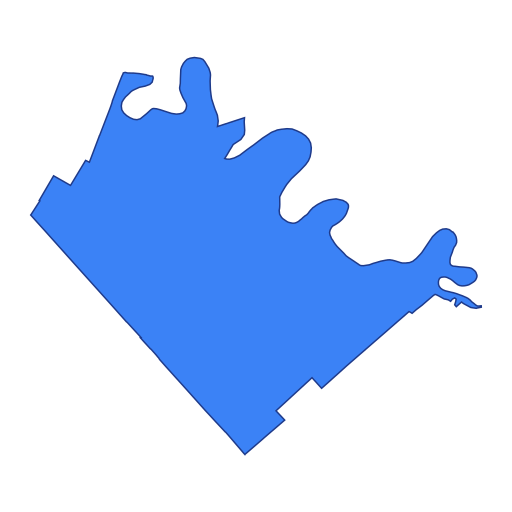 outline of Radulesti, Ialomita, Romania
{"feature_id": "2599482B66503708972863", "entity_name": "Radulesti", "entity_type": "district", "adm_level": 2, "iso_a3": "ROU", "parent_name": "Romania", "parent_adm1": "Ialomita", "projection": "orthographic", "projection_center": [26.36, 44.763], "detail": "fine", "context": "isolated", "style": "filled", "palette": "blue", "viewbox_px": 512, "rotation_deg": 0, "n_neighbors": 0, "source": "geoboundaries", "source_scale": "gbopen_adm2", "svg_char_len": 5426}
<svg xmlns="http://www.w3.org/2000/svg" viewBox="0 0 512 512"><path d="M481.2,305.8L479.2,306.0L477.4,306.0L475.6,304.9L474.1,303.6L471.6,301.7L470.1,300.0L468.0,298.4L466.3,297.5L462.4,295.8L459.3,294.7L456.7,293.7L453.3,292.7L451.4,292.3L448.2,291.5L445.3,290.8L442.7,289.7L440.7,288.3L439.2,286.4L438.5,284.4L438.4,282.0L438.7,280.2L439.4,278.7L440.4,277.7L441.7,277.2L443.7,277.0L445.3,277.0L447.2,277.5L448.8,278.3L450.5,279.1L452.6,280.6L454.8,282.5L457.7,284.7L459.6,285.5L462.0,285.9L464.5,285.8L466.7,285.4L468.8,284.8L470.4,283.9L472.7,282.5L474.5,281.2L475.7,279.8L476.7,277.6L477.0,276.1L476.9,275.1L476.4,273.7L475.9,272.3L474.8,270.9L472.5,269.0L471.1,268.2L469.2,267.7L466.5,267.4L463.5,267.1L459.8,266.9L455.3,266.3L453.5,266.2L452.4,265.9L451.2,265.2L450.3,264.2L449.9,262.3L450.0,260.0L450.4,257.1L451.0,255.6L452.3,252.2L453.1,249.6L454.1,247.2L455.5,245.3L456.6,242.6L456.7,240.6L456.4,238.4L456.0,236.7L455.2,235.0L454.1,233.4L452.8,231.9L452.5,231.9L452.2,231.9L450.4,230.4L449.3,229.6L446.3,228.8L442.7,229.1L439.9,230.3L438.9,231.0L436.5,232.8L432.6,236.6L428.8,242.2L421.8,252.6L420.3,254.3L416.3,258.5L412.8,261.3L409.6,262.6L408.6,262.7L406.6,262.9L406.0,263.0L405.3,263.0L402.4,263.0L401.8,262.9L400.5,262.6L397.0,261.5L395.1,260.9L392.4,260.2L391.0,260.0L389.9,259.8L387.8,259.9L385.2,260.3L380.7,261.2L378.3,261.9L376.7,262.4L373.1,263.4L369.4,264.8L363.5,265.7L360.9,265.6L360.1,265.3L359.6,265.1L358.8,264.5L358.1,264.0L356.0,262.6L354.1,261.3L350.8,259.1L348.8,257.8L346.6,256.2L346.0,255.7L343.8,253.2L337.2,246.6L335.2,244.1L333.9,242.2L332.7,240.2L331.9,239.1L331.7,238.8L331.5,238.5L330.7,236.5L330.1,235.3L329.9,234.4L329.7,233.5L329.6,232.7L329.6,232.2L330.1,230.1L331.5,227.4L332.9,225.9L335.1,224.7L336.4,223.9L337.6,223.1L339.3,221.9L340.9,220.5L342.5,219.0L343.9,217.3L345.1,215.7L345.9,214.3L346.4,213.4L347.0,211.7L347.9,209.2L348.4,207.5L348.5,205.8L348.1,204.3L346.3,202.3L342.9,200.4L336.1,198.9L332.7,199.3L329.0,199.8L323.2,201.5L321.6,202.4L317.9,204.3L316.2,205.4L315.5,205.9L314.7,206.5L312.8,207.8L311.9,208.8L310.8,209.9L310.2,210.6L309.7,211.2L309.4,211.6L309.2,211.8L308.4,213.0L307.3,214.2L306.7,214.8L305.9,215.3L304.8,216.0L304.0,216.7L302.9,217.6L301.7,218.8L300.4,219.8L299.9,220.2L298.9,221.1L298.0,221.7L297.5,222.0L296.2,222.6L295.1,223.0L294.5,223.1L293.5,223.2L293.1,223.2L292.6,223.2L290.5,222.8L289.4,222.5L288.7,222.4L287.2,221.7L286.0,220.9L284.4,219.8L282.7,218.6L281.5,217.3L280.4,215.5L279.8,214.4L279.6,214.1L279.4,212.3L279.2,210.3L279.5,208.8L279.7,206.9L279.8,204.3L279.7,196.8L280.5,195.2L281.9,192.3L285.0,187.1L286.6,184.6L288.7,182.0L291.4,178.7L299.6,171.0L302.2,168.3L305.7,164.6L306.9,162.9L308.4,160.8L310.1,156.8L311.0,152.0L311.3,147.6L311.2,147.2L310.6,143.1L308.8,139.6L308.6,139.2L305.6,135.9L301.4,133.0L296.8,130.8L292.1,129.0L287.0,128.7L281.2,129.3L277.2,130.0L275.2,130.9L274.3,131.2L272.0,132.1L270.4,133.0L269.4,133.7L262.7,138.0L253.2,145.3L252.0,146.1L247.4,149.4L241.6,153.8L239.8,155.2L234.4,157.9L229.7,159.2L226.8,159.1L224.7,158.5L227.3,154.4L229.5,150.6L231.3,147.7L233.2,144.5L240.9,139.4L243.1,136.2L244.3,134.5L244.7,130.3L244.2,121.8L244.5,117.7L217.5,126.5L217.6,126.0L218.2,121.0L217.4,115.3L216.2,112.1L215.1,109.5L214.1,106.6L211.6,98.8L211.0,94.8L210.4,89.6L210.1,80.9L210.5,75.0L210.3,73.1L210.1,72.2L208.8,68.2L204.8,61.6L202.9,59.4L200.5,58.4L194.4,57.5L190.1,58.2L187.2,59.3L185.3,61.1L183.4,63.4L181.6,66.9L180.8,69.5L180.4,78.9L180.3,83.4L179.6,88.0L179.9,90.0L181.0,93.2L182.9,97.6L186.2,103.5L186.6,105.8L186.1,108.6L184.9,110.9L182.8,112.9L179.6,113.8L176.3,114.1L171.5,113.4L166.2,111.7L160.4,109.8L156.6,108.8L153.7,108.5L152.5,108.7L151.6,109.2L150.7,109.9L146.7,113.6L140.3,118.8L137.0,119.7L133.6,119.3L129.9,117.7L126.6,115.6L123.7,112.9L121.8,109.8L121.3,106.0L121.9,102.3L123.4,99.7L125.5,96.9L129.5,93.2L130.7,91.9L132.4,90.6L134.8,89.4L139.4,87.3L145.2,86.1L149.8,84.4L151.0,83.3L152.2,82.1L152.6,80.4L153.1,78.7L153.1,77.1L152.6,76.1L150.3,76.0L149.6,75.8L149.0,75.6L146.9,75.1L146.7,75.1L146.2,74.7L144.6,74.5L143.0,74.2L141.1,73.9L139.9,73.7L139.4,73.6L134.7,73.2L133.7,73.1L133.2,73.1L127.6,73.0L126.5,72.7L125.1,72.4L123.3,72.9L122.8,74.3L121.8,76.3L121.2,77.8L120.5,79.6L119.8,81.3L112.4,100.9L112.3,101.5L112.1,102.3L111.1,105.4L110.0,108.5L108.4,112.7L105.1,121.2L104.3,123.3L99.6,135.5L99.3,135.8L99.3,136.0L93.2,152.2L89.4,162.2L85.6,160.4L84.1,162.9L71.2,184.3L70.5,185.4L53.6,175.8L39.2,200.5L39.9,200.9L37.6,204.4L32.3,212.6L31.3,214.2L30.7,215.0L37.3,222.4L44.3,230.1L55.3,242.4L74.9,264.3L111.0,304.5L126.4,321.8L127.0,322.2L140.4,336.8L141.1,337.6L140.4,337.8L143.9,341.7L150.2,348.6L151.2,349.4L156.1,354.9L157.9,357.1L158.6,357.8L159.6,359.5L166.5,367.3L185.0,387.8L205.3,410.5L206.8,412.1L208.3,413.7L216.2,422.3L225.3,432.0L225.7,432.2L228.4,435.3L243.8,453.3L244.9,454.5L245.0,454.3L247.6,452.1L255.5,445.3L263.0,438.8L264.2,437.7L284.7,420.1L276.0,410.8L312.0,377.7L321.6,388.3L331.7,379.3L346.7,365.8L409.0,311.6L410.5,312.3L412.1,313.3L412.9,312.6L416.3,309.6L420.0,306.8L422.1,305.2L423.8,303.7L433.2,295.6L434.4,294.8L435.1,294.4L436.4,294.8L438.7,295.9L441.2,297.3L444.3,299.0L445.1,299.1L448.4,299.9L450.6,301.3L452.3,299.2L454.7,297.9L456.2,299.2L455.6,301.9L454.7,304.8L456.3,306.7L461.5,302.0L462.5,302.8L463.4,303.5L465.8,304.8L470.8,307.5L476.3,308.3L476.8,308.1L481.3,307.2L481.3,306.9L481.2,305.8Z" fill="#3b82f6" stroke="#1e3a8a" stroke-width="1.5"/></svg>